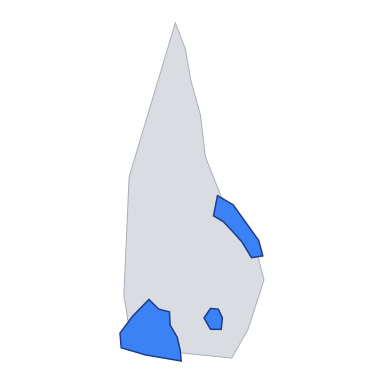 Liechtenstein, with Balzers highlighted
{"feature_id": "LIE-4894", "entity_name": "Balzers", "entity_type": "state/province", "adm_level": 1, "iso_a3": "LIE", "parent_name": "Liechtenstein", "parent_adm1": "", "projection": "albers", "projection_center": [9.549, 47.108], "detail": "fine", "context": "in_parent", "style": "filled", "palette": "blue", "viewbox_px": 384, "rotation_deg": 0, "n_neighbors": 0, "source": "natural_earth", "source_scale": "10m", "svg_char_len": 721}
<svg xmlns="http://www.w3.org/2000/svg" viewBox="0 0 384 384"><path d="M231.7,358.1L148.3,349.6L132.6,350.4L123.9,295.0L129.1,177.0L175.3,23.0L185.2,48.3L190.9,80.5L200.4,114.9L205.4,156.9L222.6,200.2L253.9,240.8L264.0,279.9L248.1,329.1L231.7,358.1Z" fill="#d9dde1" stroke="#a8b0b8" stroke-width="1"/><path d="M181.2,361.0L145.3,354.9L121.2,347.8L120.0,333.1L132.5,316.3L148.9,299.4L158.8,309.2L169.5,311.9L170.1,325.0L177.2,337.2L180.2,350.3L181.2,361.0ZM217.5,195.6L233.2,204.9L258.7,240.5L262.8,255.9L251.5,257.7L242.0,242.0L231.9,230.7L223.6,221.9L213.5,215.8L217.5,195.6ZM210.5,308.4L218.3,309.2L222.4,318.0L221.2,329.3L210.5,329.3L204.0,318.0L210.5,308.4Z" fill="#3b82f6" stroke="#1e3a8a" stroke-width="1.5"/></svg>